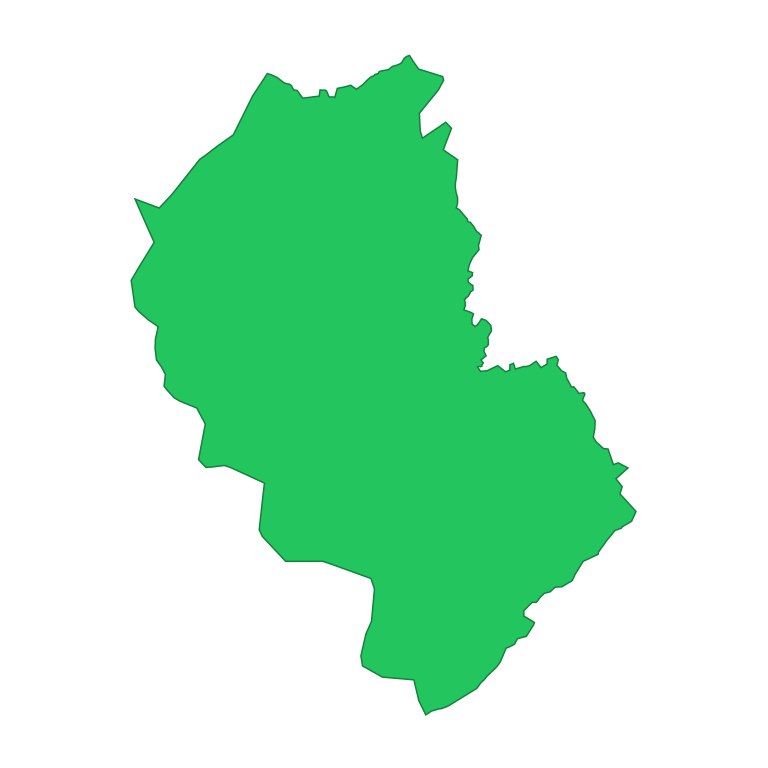 outline of Fune, Yobe, Nigeria, rotated 182°
{"feature_id": "59680162B1470225488806", "entity_name": "Fune", "entity_type": "district", "adm_level": 2, "iso_a3": "NGA", "parent_name": "Nigeria", "parent_adm1": "Yobe", "projection": "robinson", "projection_center": [11.324, 11.889], "detail": "fine", "context": "isolated", "style": "filled", "palette": "green", "viewbox_px": 768, "rotation_deg": 182, "n_neighbors": 0, "source": "geoboundaries", "source_scale": "gbopen_adm2", "svg_char_len": 3565}
<svg xmlns="http://www.w3.org/2000/svg" viewBox="0 0 768 768"><g transform="rotate(182 384 384)"><path d="M292.0,536.0L293.9,537.5L294.9,538.7L296.5,539.3L299.9,544.6L303.3,548.6L305.8,549.0L306.5,551.7L314.7,560.8L317.9,562.5L316.8,567.1L317.0,573.0L318.6,577.6L319.6,583.0L319.6,586.2L319.6,588.0L318.9,592.6L318.2,610.6L332.9,620.1L325.5,641.9L331.4,647.7L354.2,631.0L356.6,638.2L358.1,655.8L339.8,679.9L335.0,689.6L336.1,693.3L341.5,694.8L352.1,697.7L360.3,699.9L365.7,706.9L370.0,713.2L372.7,712.2L375.3,710.1L376.4,707.7L377.5,705.9L379.0,704.7L380.8,703.7L384.8,702.2L386.2,701.9L387.6,700.9L390.6,698.3L397.7,696.8L399.9,695.8L400.5,694.2L401.7,693.8L402.3,693.2L403.6,693.2L404.3,692.4L405.1,691.5L406.2,691.3L408.0,690.2L410.6,687.9L415.8,682.3L421.8,677.6L427.7,681.4L433.9,679.5L441.0,677.8L443.2,668.6L444.2,669.0L445.2,669.1L448.4,669.0L448.9,669.0L451.7,674.9L452.8,675.6L458.2,675.6L458.8,669.5L475.2,666.8L481.1,674.4L484.1,674.7L485.0,675.3L486.7,678.7L488.9,680.4L491.3,680.6L494.6,681.6L501.1,686.4L506.9,688.9L511.4,690.2L525.3,667.4L543.3,627.7L559.0,615.8L569.2,607.3L576.0,602.1L602.2,566.5L614.8,552.0L639.3,560.2L627.2,535.0L618.8,517.9L618.6,517.6L631.7,494.5L633.2,491.8L640.3,478.7L635.5,452.1L631.6,447.9L621.9,440.0L611.7,433.4L614.0,421.0L614.0,411.3L612.2,400.0L607.3,393.7L602.8,386.0L603.7,374.0L600.6,370.4L593.1,362.8L587.2,359.7L579.8,356.9L570.3,353.5L561.2,337.8L566.7,301.9L559.0,294.4L552.7,295.1L540.7,297.0L535.0,295.4L500.0,280.8L501.2,266.7L503.6,234.0L500.3,227.4L476.0,203.3L439.1,204.7L432.6,202.8L390.3,189.2L386.9,180.3L386.4,178.1L388.2,146.4L393.3,133.7L395.5,122.5L397.6,111.4L395.6,101.5L375.4,91.0L344.2,89.4L343.7,89.1L338.2,68.9L330.7,54.8L325.2,58.7L318.5,61.0L314.9,61.7L308.8,64.3L280.7,83.0L276.8,88.7L273.3,92.2L271.0,95.4L267.2,99.4L264.1,102.4L261.3,105.5L258.0,110.5L252.6,124.5L250.5,125.1L244.5,128.5L241.7,134.1L232.9,136.8L226.0,148.7L225.4,151.0L233.2,155.4L236.1,156.8L236.4,162.2L228.1,171.2L226.9,171.1L224.6,171.0L223.6,171.7L220.6,176.2L216.3,180.5L210.7,182.1L206.0,186.9L199.1,187.6L189.0,194.1L187.4,197.7L186.5,200.2L178.8,213.7L170.1,218.2L164.1,221.3L163.7,223.6L157.0,233.8L156.9,234.1L147.9,245.8L141.9,248.1L140.8,249.7L131.8,255.4L127.7,265.4L144.3,282.4L142.4,289.7L148.9,297.4L142.7,303.3L141.8,304.2L137.2,308.6L147.2,313.4L151.9,311.4L157.8,326.8L162.5,327.2L170.1,333.7L172.5,337.5L173.0,338.2L171.8,346.0L171.7,354.7L176.7,363.9L181.9,371.5L184.7,374.1L184.7,376.0L182.9,380.7L183.8,382.3L189.3,381.4L189.9,382.8L194.2,387.8L196.4,387.4L201.4,395.8L201.5,395.9L202.9,401.5L206.9,403.3L211.9,408.8L210.6,414.2L212.8,417.6L213.0,417.6L221.8,414.5L221.7,409.6L227.7,405.9L232.6,411.9L232.8,412.0L237.0,408.9L239.4,407.2L240.7,406.9L242.7,406.4L244.9,406.4L248.0,405.3L251.2,404.3L253.3,403.5L255.3,409.2L258.8,407.6L258.8,402.1L263.0,400.5L271.0,406.3L281.3,400.9L287.9,400.0L291.2,404.3L289.4,405.0L288.3,404.6L286.7,405.3L286.8,406.7L285.5,408.4L287.9,411.5L282.9,415.7L285.3,420.0L284.9,423.5L282.7,425.0L281.0,427.0L281.2,429.2L281.3,431.8L282.0,434.2L280.5,437.1L278.4,440.9L279.3,446.2L281.5,448.6L284.5,451.3L288.8,452.6L291.8,447.6L293.2,446.0L294.1,445.3L294.9,444.6L298.0,446.9L298.5,451.6L297.0,457.1L299.4,458.5L306.8,460.9L305.3,465.6L305.6,466.7L305.6,468.0L306.6,471.4L305.4,471.9L305.1,473.3L303.7,473.8L302.8,474.8L301.7,476.8L300.8,479.1L298.3,480.9L298.6,485.5L300.4,486.5L303.2,488.5L303.8,491.7L299.6,495.2L299.4,498.4L304.2,500.1L302.6,507.1L299.8,513.5L293.7,521.6L294.4,525.6L292.0,536.0Z" fill="#22c55e" stroke="#15803d" stroke-width="1.5"/></g></svg>